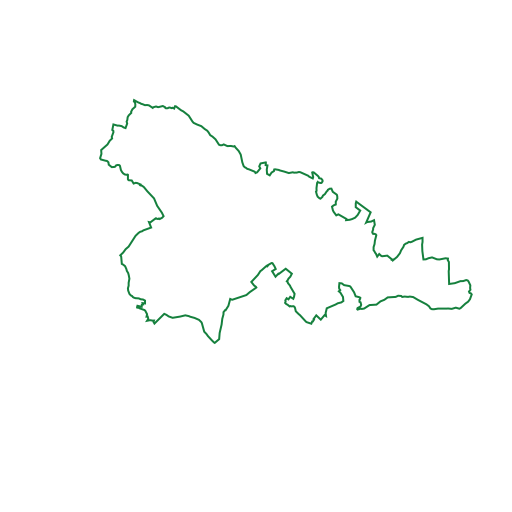 Chiochis, Bistrita-Nasaud, Romania, rotated 309°
{"feature_id": "2599482B79124643183064", "entity_name": "Chiochis", "entity_type": "district", "adm_level": 2, "iso_a3": "ROU", "parent_name": "Romania", "parent_adm1": "Bistrita-Nasaud", "projection": "albers", "projection_center": [24.176, 46.97], "detail": "fine", "context": "isolated", "style": "outline", "palette": "green", "viewbox_px": 512, "rotation_deg": 309, "n_neighbors": 0, "source": "geoboundaries", "source_scale": "gbopen_adm2", "svg_char_len": 6085}
<svg xmlns="http://www.w3.org/2000/svg" viewBox="0 0 512 512"><g transform="rotate(309 256 256)"><path d="M373.5,404.7L368.7,400.7L367.3,398.7L365.7,393.7L362.9,391.5L360.3,390.1L358.7,388.3L364.5,382.2L369.4,377.9L371.7,376.6L374.9,374.0L369.5,370.1L365.2,368.2L363.8,367.3L363.1,365.9L361.2,365.4L359.9,364.6L357.9,364.1L355.9,364.8L351.8,365.2L348.7,366.1L344.0,366.2L339.0,365.2L339.5,364.7L338.4,363.8L338.9,363.2L338.9,357.8L335.2,354.2L334.9,353.2L335.1,350.5L331.8,350.6L333.3,347.7L333.5,346.5L334.2,345.1L334.4,343.9L334.8,343.5L336.9,341.8L339.9,340.6L342.7,338.8L347.9,336.4L348.2,335.3L347.5,333.6L346.9,333.2L347.1,332.3L347.7,331.3L350.2,330.4L351.4,329.5L355.0,328.7L358.1,325.2L355.2,323.8L352.3,321.0L351.3,320.6L362.1,317.6L361.3,299.7L359.7,300.4L356.7,302.8L356.9,308.4L351.8,309.2L348.1,308.9L345.1,307.4L343.1,306.0L340.6,303.5L341.7,303.0L340.2,293.8L338.1,292.8L339.2,288.5L339.9,287.0L342.2,284.0L344.3,284.5L346.2,285.6L348.4,283.8L351.8,283.1L353.6,281.5L354.5,280.2L354.2,275.3L355.8,272.2L354.8,271.0L352.7,270.2L351.9,270.5L350.6,270.3L347.4,270.6L345.1,270.0L343.7,270.4L341.1,270.0L340.8,269.0L340.9,266.6L341.9,264.7L343.8,262.1L344.7,262.1L346.8,260.3L351.3,257.5L352.4,257.4L352.3,258.0L353.4,260.3L354.0,260.9L355.8,260.8L356.7,260.1L357.2,258.1L356.2,256.1L356.9,255.1L357.2,253.7L357.3,248.2L356.6,247.2L356.3,247.1L353.3,250.8L352.0,251.3L351.1,247.4L351.2,246.0L349.0,237.7L348.3,236.5L346.5,235.2L344.7,233.1L344.2,231.9L341.1,229.3L339.4,224.9L337.3,220.2L337.3,219.7L335.4,216.3L334.7,215.7L333.3,216.5L330.7,215.6L327.3,215.9L326.8,212.9L329.9,210.0L333.6,207.9L332.7,206.3L334.7,205.0L334.9,204.7L330.8,201.3L327.7,202.1L326.8,204.2L321.7,204.2L320.2,203.4L320.6,202.7L320.6,201.6L318.9,195.9L318.2,194.3L318.2,192.6L317.9,191.4L318.1,189.8L320.2,186.4L325.2,180.3L326.7,176.5L327.4,171.9L327.9,170.2L327.0,169.7L325.7,167.2L323.4,164.6L322.4,160.7L320.9,160.0L320.2,159.3L319.6,158.5L319.2,157.2L321.2,151.1L321.4,147.0L321.1,144.4L322.2,141.4L322.7,139.2L322.4,136.3L322.5,131.8L321.1,127.5L320.2,123.7L320.5,122.0L322.7,115.4L322.6,108.5L322.1,106.0L321.9,99.5L321.4,98.8L319.1,99.6L318.8,98.0L317.9,97.5L317.1,95.5L316.5,94.9L315.3,94.4L314.1,93.0L314.0,92.4L314.4,91.7L313.9,89.2L310.3,86.5L309.7,85.6L309.6,84.8L309.1,84.1L306.7,82.4L306.1,82.5L305.7,78.0L304.9,76.5L303.3,74.7L302.6,72.3L302.0,71.0L301.9,69.9L301.2,67.7L300.4,63.2L299.3,63.8L299.0,65.5L297.8,66.9L296.0,68.2L292.2,67.6L289.5,68.2L288.7,69.0L285.2,68.6L283.1,68.9L280.7,70.4L279.0,70.9L277.9,72.5L273.3,74.1L272.6,72.2L272.4,69.9L271.1,67.4L270.2,66.4L268.5,62.4L263.5,65.0L263.5,66.3L262.5,67.3L257.8,68.9L256.8,70.2L253.5,69.8L249.2,70.4L240.9,69.0L238.1,71.6L233.9,73.3L233.4,74.7L235.4,79.2L236.0,80.2L236.1,81.0L235.9,82.4L234.3,84.1L234.3,88.0L236.2,90.0L236.8,90.3L238.5,90.3L239.8,91.3L240.6,92.7L240.4,93.6L237.8,96.9L237.0,98.9L236.6,100.8L236.8,102.8L237.8,104.5L238.5,105.0L238.5,105.4L235.1,108.1L234.8,108.8L234.8,109.4L236.5,111.9L235.3,115.3L237.1,116.4L237.9,117.7L238.9,121.2L238.1,121.3L238.1,121.6L238.9,123.3L239.0,125.5L237.9,130.8L236.6,140.5L232.8,147.6L230.4,155.6L228.8,159.1L226.7,159.0L224.1,157.9L224.1,157.0L223.2,156.7L222.6,155.7L222.5,154.9L222.0,154.7L222.0,154.3L215.6,152.7L215.0,151.5L212.1,156.6L205.0,152.3L203.7,152.0L201.8,150.7L200.0,150.2L195.9,149.7L183.1,151.1L179.3,150.4L175.1,150.6L171.1,150.1L170.9,151.3L170.4,151.9L165.4,156.7L165.7,158.2L165.7,160.7L164.2,163.6L163.2,164.9L162.3,167.4L161.0,169.2L158.7,171.9L155.0,173.9L152.8,175.7L150.3,176.8L148.7,178.4L146.9,181.5L146.6,183.6L146.9,185.0L146.6,186.2L146.8,187.4L147.4,188.9L149.3,191.6L149.8,193.6L151.1,195.6L151.5,197.8L149.3,199.6L148.0,197.5L147.2,198.7L146.3,197.9L144.6,199.1L142.7,195.2L141.3,195.8L141.1,196.2L141.9,197.2L142.1,198.5L143.8,203.3L143.8,204.3L142.2,208.0L140.0,209.1L140.8,209.9L139.4,211.8L137.1,212.1L139.4,214.0L140.8,216.4L141.6,217.3L140.3,217.8L139.6,219.6L153.3,221.1L153.9,223.5L154.1,226.2L155.5,230.1L161.1,235.1L165.4,238.4L167.0,241.6L167.4,243.1L169.2,247.2L170.5,251.9L170.2,255.1L169.8,256.1L164.6,263.4L164.2,266.6L163.5,269.1L162.7,274.7L162.4,277.6L162.5,278.6L168.2,279.7L173.3,276.2L181.1,272.4L186.0,269.3L190.1,267.5L191.9,266.1L194.6,266.1L194.8,266.5L199.9,265.9L206.4,263.0L206.8,264.5L207.1,265.1L219.6,273.1L224.0,273.9L230.9,275.9L231.7,276.1L232.0,275.3L231.9,273.0L232.9,268.7L242.4,269.4L247.1,268.9L248.3,269.3L254.4,270.3L255.1,270.5L255.0,271.2L256.0,271.3L256.2,270.9L260.3,272.5L260.8,273.3L259.6,276.9L258.3,279.5L254.3,278.1L252.2,284.2L256.3,284.5L256.3,285.0L264.8,287.1L264.8,295.0L261.5,295.7L258.7,295.5L257.7,295.8L255.7,295.9L255.7,297.0L255.0,298.0L254.4,301.0L253.7,302.3L250.9,309.8L248.1,311.3L246.2,311.9L245.8,308.3L242.7,308.5L242.5,306.4L240.0,306.7L239.2,307.7L237.9,308.1L237.7,309.6L238.0,311.3L238.0,313.9L238.7,314.2L239.0,315.0L240.6,316.8L240.7,317.8L240.2,319.0L238.1,321.7L237.7,325.8L237.7,327.4L236.4,336.2L236.5,337.1L238.2,341.6L240.4,340.9L240.8,341.4L243.1,341.1L243.2,340.4L247.8,340.2L247.3,346.4L253.2,346.5L253.4,348.2L255.5,346.0L259.9,343.9L268.4,348.4L270.7,349.3L273.6,351.5L276.0,352.2L278.9,349.4L280.6,344.7L280.7,342.6L282.5,342.9L283.0,341.2L284.2,340.0L287.4,337.9L288.7,339.9L288.8,342.8L291.3,347.3L291.6,348.2L291.5,349.0L289.5,355.1L287.4,358.8L288.9,362.0L289.2,363.3L288.3,363.9L287.0,364.0L285.5,365.3L285.8,366.4L284.2,368.5L282.5,369.0L279.5,367.7L278.4,368.1L278.3,368.7L280.7,370.3L281.5,371.6L283.2,373.1L289.3,375.1L294.0,380.2L299.1,381.3L302.7,383.3L306.7,384.4L312.1,390.3L314.6,391.5L316.3,394.0L316.2,395.4L318.0,397.0L319.9,399.9L321.3,401.1L323.0,404.0L323.8,409.4L325.7,418.9L325.8,422.1L325.0,424.6L325.4,426.2L326.6,427.8L329.6,430.5L336.4,438.8L338.1,441.4L341.6,443.8L343.0,447.2L344.3,447.8L350.7,448.7L354.0,449.6L357.0,449.5L361.9,447.8L362.2,446.6L361.7,445.2L362.4,443.9L364.7,443.9L365.8,442.6L368.1,441.0L370.0,437.1L370.2,435.9L369.6,434.5L366.9,432.8L365.1,430.7L360.0,427.6L355.8,423.7L365.5,415.3L367.2,414.3L372.7,409.7L373.5,407.6L374.8,406.8L373.5,404.7Z" fill="none" stroke="#15803d" stroke-width="2"/></g></svg>